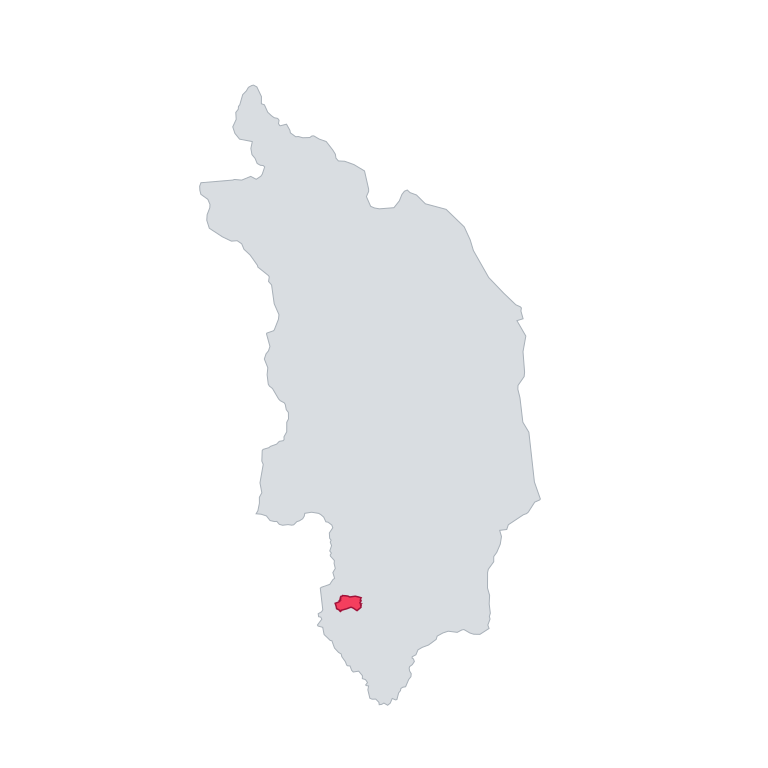 Malchin, Uvs, Mongolia (highlighted), rotated 260°
{"feature_id": "93677404B34318857177168", "entity_name": "Malchin", "entity_type": "district", "adm_level": 2, "iso_a3": "MNG", "parent_name": "Mongolia", "parent_adm1": "Uvs", "projection": "orthographic", "projection_center": [93.317, 49.713], "detail": "fine", "context": "in_parent", "style": "filled", "palette": "rose", "viewbox_px": 768, "rotation_deg": 260, "n_neighbors": 0, "source": "geoboundaries", "source_scale": "gbopen_adm2", "svg_char_len": 5614}
<svg xmlns="http://www.w3.org/2000/svg" viewBox="0 0 768 768"><g transform="rotate(260 384 384)"><path d="M69.0,323.6L71.4,323.7L75.1,321.2L75.7,317.5L77.0,315.5L85.6,315.0L89.3,316.4L90.1,314.1L90.8,313.7L92.8,315.9L94.8,315.1L96.2,314.3L97.6,311.5L100.5,312.1L105.6,309.2L105.7,303.7L107.7,302.4L112.2,301.6L112.9,299.0L113.8,298.4L117.1,297.8L122.8,295.1L125.5,295.0L127.6,292.6L132.6,289.4L140.2,288.1L140.8,286.5L147.7,281.5L155.0,281.4L157.1,277.0L158.2,276.6L163.2,281.9L165.4,281.2L166.2,279.2L169.2,279.3L170.5,283.0L172.3,284.5L194.0,285.8L194.7,287.1L196.1,295.8L200.2,299.7L201.2,301.6L207.2,300.9L210.8,304.0L216.0,303.7L218.7,304.5L223.7,301.4L224.9,301.3L226.6,302.8L229.0,301.6L233.9,304.3L237.6,303.6L239.4,304.8L241.5,303.7L246.8,304.3L251.3,308.6L254.2,308.1L257.6,304.9L258.4,302.8L263.4,301.5L266.1,299.3L267.9,297.3L270.3,290.4L270.4,283.5L267.8,282.6L265.4,280.5L263.9,276.8L263.6,274.3L261.0,270.6L261.0,268.6L262.2,265.1L262.5,259.6L264.0,256.5L267.3,254.6L267.5,252.4L269.3,248.1L274.5,245.3L277.1,240.4L278.4,235.5L281.1,237.8L288.2,240.6L294.1,241.6L298.1,244.8L308.2,244.7L325.8,251.1L329.3,250.3L339.6,252.5L340.6,253.6L341.3,259.7L342.3,261.3L343.4,267.8L345.7,270.9L345.7,274.9L346.7,276.0L349.3,276.3L353.8,279.9L363.2,281.6L366.2,283.9L372.6,284.9L375.7,283.3L381.0,283.2L382.8,282.5L385.6,278.9L387.6,277.6L398.9,273.4L401.8,270.8L403.9,270.0L413.4,270.5L420.2,272.4L429.4,270.5L434.2,273.1L436.7,276.0L440.8,278.2L453.8,277.0L454.5,277.5L455.6,284.4L456.4,285.4L466.1,291.3L470.5,292.6L482.1,289.8L501.1,290.5L505.0,288.1L509.4,289.6L510.8,289.1L521.0,280.1L522.8,280.0L534.2,274.6L541.0,269.5L546.8,268.2L550.6,264.3L551.2,258.5L557.0,250.4L567.7,239.0L576.0,237.9L581.4,239.2L587.9,243.1L591.1,243.8L596.4,242.6L602.6,236.6L606.7,236.3L610.8,236.8L614.0,238.7L611.1,270.5L611.4,272.2L609.5,279.3L611.6,288.8L607.8,293.7L610.0,298.8L611.7,300.5L618.5,304.2L620.1,303.0L620.9,300.2L623.2,297.4L628.6,296.2L632.8,293.8L639.1,293.8L645.6,296.4L650.2,284.3L656.7,280.7L663.5,279.7L670.3,284.4L677.2,285.2L679.9,288.2L682.7,288.9L683.9,290.4L693.5,295.1L696.5,299.3L699.7,302.0L700.9,305.5L701.0,307.4L698.6,310.4L688.3,313.2L681.3,311.9L679.7,314.7L671.8,316.7L667.8,319.7L665.3,322.1L664.2,325.0L663.0,326.1L661.7,326.4L658.8,325.3L656.7,326.1L656.3,326.7L656.8,333.1L650.1,335.4L647.6,335.4L642.8,340.0L642.6,342.6L640.6,346.8L639.6,353.7L640.8,356.1L640.5,358.0L636.4,362.8L632.8,369.2L623.3,374.2L618.7,376.0L614.8,375.9L611.6,377.8L610.2,383.9L605.3,392.5L597.2,401.8L578.7,402.7L576.3,402.3L571.6,399.2L561.3,401.7L559.0,405.2L557.3,409.9L555.9,424.4L561.7,430.9L567.6,434.6L570.3,437.6L571.0,440.6L568.0,442.8L564.5,448.8L554.3,456.0L545.2,475.5L524.8,490.3L511.0,493.9L499.9,495.2L470.7,505.6L452.6,517.7L439.1,527.6L436.4,531.6L435.0,532.5L432.1,531.5L424.1,532.3L423.3,525.9L406.6,532.0L391.7,526.5L371.2,524.5L367.0,523.3L359.3,515.7L355.6,514.9L346.8,515.5L322.3,514.1L311.3,518.3L261.4,515.1L243.6,518.0L242.8,517.2L241.5,511.9L232.8,503.9L231.6,501.9L231.1,498.7L223.8,482.0L219.4,479.6L219.8,472.5L213.4,473.2L206.1,470.7L198.6,465.8L195.0,462.1L189.9,461.2L183.5,454.6L180.5,453.3L165.1,450.5L157.5,451.3L149.2,449.4L139.8,448.9L136.8,447.4L134.1,447.6L128.6,444.4L125.0,445.0L120.8,435.0L122.0,428.9L123.9,425.3L128.3,420.1L128.3,418.0L126.7,413.0L129.4,404.3L128.6,398.8L126.5,392.6L123.4,391.0L119.2,382.5L118.0,375.9L116.3,371.3L111.8,368.4L110.5,364.4L109.1,364.1L108.1,365.3L105.4,365.7L102.7,363.1L101.3,360.2L99.7,359.4L96.8,359.4L94.0,360.5L91.1,359.7L88.7,357.0L82.1,352.7L82.1,349.8L81.2,347.7L79.2,347.0L77.3,344.8L71.0,341.9L70.9,340.5L72.9,337.5L68.6,334.7L67.0,331.8L69.8,328.5L68.9,326.0L69.0,323.6Z" fill="#d9dde1" stroke="#a8b0b8" stroke-width="1"/><path d="M167.5,301.6L167.6,301.8L168.0,301.8L168.2,301.7L168.3,301.7L168.3,301.8L168.4,301.7L168.4,301.8L168.5,302.2L168.6,302.6L168.7,304.1L168.9,305.9L169.1,308.2L169.7,311.2L169.9,312.6L169.7,313.2L169.3,313.9L168.2,315.3L166.0,317.5L165.5,318.1L167.7,321.9L167.9,322.2L168.0,322.2L168.2,322.3L168.3,322.4L168.2,322.4L168.2,322.5L168.3,322.5L168.5,322.6L168.8,322.6L169.0,322.6L169.3,322.7L169.4,322.8L169.5,322.8L169.7,323.0L169.8,323.0L170.0,322.9L169.9,322.8L170.0,322.7L170.3,322.5L170.5,322.5L170.6,322.8L170.8,322.9L170.8,323.0L171.0,323.0L171.3,323.3L171.3,323.2L171.5,322.9L171.8,322.6L172.1,322.5L172.3,322.4L172.5,322.3L172.8,322.3L173.0,322.3L173.3,322.8L173.4,323.0L173.5,323.1L173.6,323.3L173.9,323.3L174.1,323.3L174.3,323.5L174.5,323.6L174.5,323.4L174.5,323.2L174.8,323.1L175.0,323.1L175.3,323.2L175.5,323.3L175.8,323.4L176.0,323.5L176.3,323.6L176.5,323.7L176.5,323.8L176.9,323.9L177.0,324.0L177.3,324.1L177.5,324.3L178.8,321.7L180.0,318.9L180.1,316.6L180.2,313.3L181.4,311.6L182.2,309.1L182.6,307.3L182.9,306.4L182.5,306.1L182.4,306.0L182.4,305.9L182.3,305.7L182.2,305.6L182.1,305.4L182.2,305.2L182.3,305.0L182.3,304.9L182.2,304.9L182.1,304.7L182.0,304.4L181.9,304.4L181.7,304.3L181.6,304.2L181.4,304.2L181.2,304.0L181.1,303.9L180.9,303.9L180.8,303.7L180.8,303.8L180.7,303.8L180.6,303.7L180.4,303.6L180.2,303.6L179.9,303.5L179.7,303.5L179.4,303.4L179.4,303.5L179.3,303.4L179.2,303.3L179.1,303.2L179.0,303.3L179.0,303.2L178.9,303.2L178.7,303.2L178.4,303.0L178.4,302.9L178.3,303.0L178.2,303.0L178.2,302.9L177.9,302.7L177.7,302.6L177.6,302.4L177.1,301.2L176.9,300.2L176.5,297.8L174.1,298.2L172.7,298.3L170.9,298.3L170.7,298.6L170.6,298.8L170.5,299.0L170.3,299.2L170.1,299.4L170.0,299.6L169.9,299.7L169.8,299.9L169.7,300.0L169.5,300.3L169.2,300.6L168.9,300.7L168.6,300.9L168.4,301.0L168.0,301.2L167.7,301.4L167.5,301.6Z" fill="#f43f5e" stroke="#9f1239" stroke-width="1.5"/></g></svg>